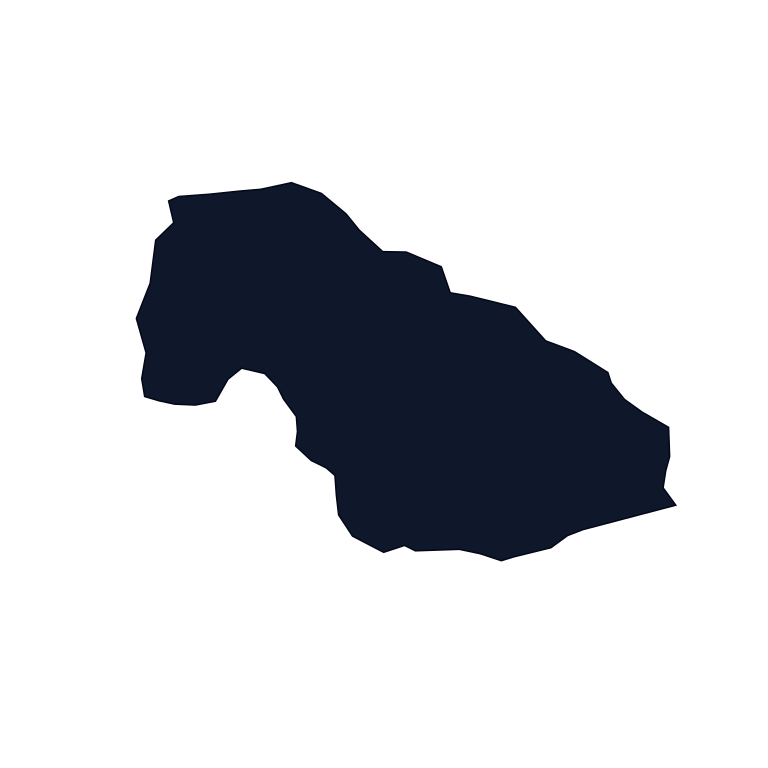 Mesa Chorio, Paphos, Cyprus, rotated 231°
{"feature_id": "46923920B48384337432530", "entity_name": "Mesa Chorio", "entity_type": "district", "adm_level": 2, "iso_a3": "CYP", "parent_name": "Cyprus", "parent_adm1": "Paphos", "projection": "equal_earth", "projection_center": [32.469, 34.809], "detail": "fine", "context": "isolated", "style": "filled", "palette": "ink", "viewbox_px": 768, "rotation_deg": 231, "n_neighbors": 0, "source": "geoboundaries", "source_scale": "gbopen_adm2", "svg_char_len": 927}
<svg xmlns="http://www.w3.org/2000/svg" viewBox="0 0 768 768"><g transform="rotate(231 384 384)"><path d="M252.0,565.2L289.3,552.4L315.8,536.8L360.9,534.4L398.1,506.2L413.2,492.9L439.0,502.3L472.6,484.3L487.7,466.3L519.2,461.6L540.0,461.6L571.5,455.3L598.7,438.8L613.0,410.6L625.2,392.6L641.0,368.3L658.9,342.5L661.8,331.8L641.7,322.1L639.5,297.1L609.5,265.7L599.1,247.4L590.8,232.8L557.9,218.7L540.7,199.1L524.9,190.1L512.5,198.6L500.1,208.6L486.3,224.2L476.7,242.2L485.9,265.8L485.9,283.3L467.1,297.9L448.7,299.4L435.4,296.4L413.9,295.4L401.5,286.8L391.4,276.3L370.3,279.3L355.2,286.3L343.8,288.3L327.3,276.8L310.8,266.3L285.5,263.8L253.4,277.8L245.6,298.4L234.6,303.4L208.1,338.5L191.5,352.0L172.8,364.0L168.2,375.6L151.7,410.7L150.7,431.2L145.7,446.8L106.2,534.5L127.7,535.6L139.3,548.4L147.8,560.3L171.2,577.9L199.8,566.9L220.7,561.2L241.7,561.2L252.0,565.2Z" fill="#0f172a" stroke="#020617" stroke-width="1.5"/></g></svg>